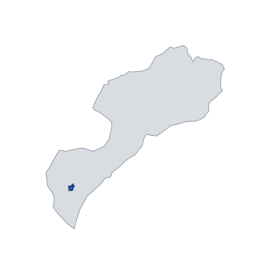 Snēpeles pag., Kuldigas, Latvia shown in context, rotated 314°
{"feature_id": "27541924B13518565761243", "entity_name": "Snēpeles pag.", "entity_type": "district", "adm_level": 2, "iso_a3": "LVA", "parent_name": "Latvia", "parent_adm1": "Kuldigas", "projection": "natural_earth1", "projection_center": [21.939, 56.845], "detail": "fine", "context": "in_parent", "style": "filled", "palette": "blue", "viewbox_px": 256, "rotation_deg": 314, "n_neighbors": 0, "source": "geoboundaries", "source_scale": "gbopen_adm2", "svg_char_len": 2957}
<svg xmlns="http://www.w3.org/2000/svg" viewBox="0 0 256 256"><g transform="rotate(314 128 128)"><path d="M189.8,175.3L188.3,175.1L183.8,173.9L180.1,172.0L177.8,169.6L173.9,166.2L171.3,164.5L167.3,162.3L160.7,158.0L158.3,156.9L146.5,155.0L142.3,154.2L138.3,149.2L137.0,146.3L135.1,145.8L133.0,146.4L130.7,147.0L125.5,150.4L123.8,150.8L120.6,150.9L112.9,151.6L109.5,150.4L103.4,149.0L100.2,148.8L97.3,148.9L84.4,147.5L82.1,149.0L79.7,149.3L77.4,147.0L74.5,146.4L71.4,147.1L65.6,147.2L58.8,146.5L50.1,146.0L48.8,146.2L39.2,149.2L36.8,149.6L26.4,154.6L18.1,159.3L17.1,151.8L17.7,136.9L19.0,129.5L24.7,125.2L27.6,121.8L29.3,117.3L29.8,113.2L30.9,109.8L39.2,100.0L45.7,98.9L54.6,96.2L64.4,94.0L66.4,96.8L67.3,99.0L79.3,107.0L82.3,109.7L87.0,119.0L98.1,123.6L106.8,122.2L110.5,119.9L117.4,115.7L120.5,112.6L121.1,109.7L119.7,97.1L117.7,91.6L118.3,88.2L119.6,88.4L122.5,86.8L132.1,83.7L134.0,83.6L136.2,83.0L142.3,80.7L144.2,81.9L145.9,83.3L146.8,83.3L147.2,82.8L147.1,81.9L147.5,81.2L149.2,81.6L156.4,85.4L159.1,86.3L161.0,86.5L163.2,88.3L169.3,89.5L170.0,90.4L170.5,91.6L176.3,96.4L178.9,98.8L183.9,101.0L186.1,101.6L194.8,99.3L197.2,98.5L199.3,98.5L201.4,99.7L206.1,101.3L210.4,101.8L211.2,101.7L214.8,101.8L216.0,102.5L217.0,105.6L221.2,108.0L225.0,110.0L226.0,110.9L226.4,112.7L226.2,114.8L225.8,115.9L224.2,117.2L222.9,120.3L222.8,123.4L220.8,128.6L221.3,128.7L225.9,127.8L227.2,128.3L228.3,129.5L228.7,132.7L230.3,134.2L231.9,136.5L232.4,138.3L235.4,140.5L235.7,141.9L237.7,146.8L238.5,149.6L238.9,151.8L238.1,154.6L237.4,156.4L236.4,156.3L233.8,156.8L229.7,159.1L223.6,164.4L222.0,165.6L220.5,169.7L220.1,170.1L216.5,169.9L215.5,169.8L211.8,169.9L203.9,168.9L200.8,169.6L196.9,173.7L195.3,174.3L190.6,174.9L189.8,175.3Z" fill="#d9dde1" stroke="#a8b0b8" stroke-width="1"/><path d="M45.5,130.9L45.7,130.7L45.8,130.6L45.8,130.4L45.7,130.3L45.8,130.2L46.0,130.0L46.2,129.9L46.4,129.9L46.6,129.8L47.0,129.7L47.0,129.4L47.3,129.3L47.5,129.3L47.7,129.2L47.8,129.3L48.0,129.5L48.3,129.7L48.5,129.7L48.7,129.4L48.7,129.2L48.8,129.0L48.8,128.9L48.8,128.7L48.7,128.3L48.7,128.2L48.8,128.1L48.7,127.9L48.7,127.7L48.8,127.6L48.7,127.6L48.3,127.6L48.2,127.6L47.9,127.7L47.7,127.6L47.4,127.6L47.3,127.3L47.2,127.3L47.2,127.5L46.9,127.7L46.7,127.5L46.7,127.4L46.8,127.4L46.9,127.5L47.0,127.5L46.9,127.4L46.7,127.3L46.3,127.3L46.2,127.2L45.9,127.2L45.7,127.2L45.4,127.1L45.3,126.9L45.2,126.9L45.3,126.9L45.2,126.9L45.2,126.7L44.9,126.6L44.7,126.6L44.7,126.4L44.6,126.5L44.3,126.8L44.2,126.8L44.2,127.1L44.2,127.3L44.1,127.5L44.3,127.5L44.4,127.8L44.2,127.8L44.0,128.0L43.9,128.0L43.7,128.1L43.5,128.3L43.4,128.4L43.2,128.4L43.1,128.5L42.9,128.5L42.7,128.7L42.8,128.7L43.0,128.8L43.3,128.9L43.5,128.9L43.8,128.9L43.9,129.0L44.0,129.1L44.1,129.3L44.1,129.6L44.2,129.9L43.9,129.9L44.0,130.0L43.8,130.2L43.9,130.3L44.0,130.3L44.1,130.5L44.1,130.8L44.3,130.8L44.5,130.8L44.9,130.8L45.0,130.8L45.5,130.9L45.5,130.9Z" fill="#3b82f6" stroke="#1e3a8a" stroke-width="1.5"/></g></svg>